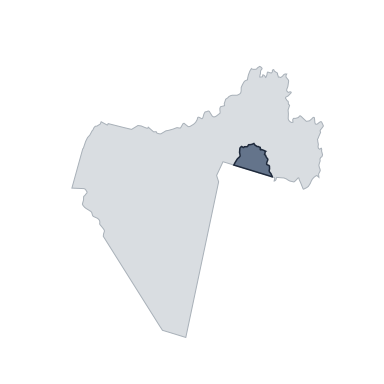 location of Nara, Koulikoro, Mali, rotated 197°
{"feature_id": "8926073B7074311745372", "entity_name": "Nara", "entity_type": "district", "adm_level": 2, "iso_a3": "MLI", "parent_name": "Mali", "parent_adm1": "Koulikoro", "projection": "equal_earth", "projection_center": [-7.752, 14.805], "detail": "fine", "context": "in_parent", "style": "filled", "palette": "slate", "viewbox_px": 384, "rotation_deg": 197, "n_neighbors": 0, "source": "geoboundaries", "source_scale": "gbopen_adm2", "svg_char_len": 5146}
<svg xmlns="http://www.w3.org/2000/svg" viewBox="0 0 384 384"><g transform="rotate(197 192 192)"><path d="M87.3,289.3L87.4,287.8L86.5,286.8L86.5,286.3L87.0,282.1L87.0,281.0L87.4,278.9L86.8,278.0L86.6,277.3L85.1,274.5L84.7,272.2L83.9,270.7L82.2,270.2L81.5,271.5L81.1,271.7L80.5,270.8L80.2,270.0L80.2,269.3L78.0,265.7L78.1,263.7L79.0,262.7L79.3,261.0L78.5,259.1L78.6,257.2L78.5,254.7L77.2,252.4L76.3,251.4L75.6,249.8L76.2,246.2L74.9,243.1L77.4,244.3L78.6,243.2L79.7,241.6L80.7,239.5L81.2,237.0L81.4,234.8L82.4,231.3L83.6,229.7L86.1,227.3L86.7,227.5L90.8,232.6L93.1,235.2L93.9,236.6L94.6,236.6L95.8,234.1L97.0,231.9L97.5,231.4L101.6,231.1L103.7,231.5L105.6,232.1L108.2,232.3L115.3,230.7L115.4,229.7L115.3,228.5L115.6,227.5L116.2,226.7L116.7,226.5L116.9,229.4L117.4,229.8L119.1,230.0L171.2,230.0L173.3,215.0L169.5,209.5L155.4,51.1L179.8,51.1L184.1,54.7L263.9,123.7L264.3,126.0L264.3,129.1L264.9,130.0L266.1,131.0L270.6,134.0L271.0,134.6L271.2,135.8L271.8,137.3L272.7,138.2L273.9,138.9L275.2,139.3L279.3,139.8L280.2,140.5L282.0,143.2L283.0,143.8L288.5,145.3L290.3,146.0L292.3,147.3L293.3,148.4L293.4,152.7L294.2,155.6L294.2,156.3L293.4,157.4L293.2,158.3L292.2,160.5L292.4,161.4L294.4,163.1L295.4,163.6L296.5,163.6L308.0,160.6L309.1,201.4L308.7,202.0L308.5,209.3L307.8,213.5L306.3,216.7L305.4,221.4L304.9,222.3L304.5,225.0L303.7,226.6L302.2,227.2L299.6,230.2L299.4,232.6L293.0,231.3L292.6,231.3L292.3,231.6L292.2,232.9L276.0,233.7L268.1,234.2L263.1,239.8L259.9,240.3L255.8,239.9L253.7,239.8L252.9,240.2L252.8,241.2L246.3,238.3L243.9,239.2L243.5,238.9L243.2,238.3L242.0,238.0L240.2,238.1L238.8,238.5L234.8,242.9L232.6,244.0L228.5,246.6L225.6,248.9L224.6,249.3L223.0,249.4L221.7,249.9L220.5,254.9L219.7,255.4L214.8,253.4L213.8,253.7L213.0,254.2L210.3,257.2L208.9,259.6L208.2,262.7L208.3,264.8L207.9,265.4L206.6,265.5L204.3,264.9L203.6,265.2L203.3,266.7L203.4,270.1L202.9,272.4L201.5,273.1L200.5,274.0L199.7,274.3L199.0,274.1L195.0,270.6L193.7,270.1L192.2,270.5L190.8,271.9L188.3,275.5L188.5,276.8L189.2,278.3L189.8,280.1L189.7,281.8L186.1,284.1L187.0,285.9L186.9,290.6L185.2,292.7L184.6,294.1L183.0,295.6L181.6,296.4L177.2,297.7L175.5,299.2L174.6,300.4L174.4,301.7L174.6,303.2L175.5,306.3L175.2,309.1L174.5,312.4L173.8,313.8L171.8,315.5L172.1,317.7L172.3,320.7L172.0,324.7L171.3,327.4L170.9,327.1L168.9,327.3L166.7,328.1L166.0,328.8L165.8,329.7L164.0,331.9L162.8,331.7L161.7,331.2L161.1,330.6L161.0,330.3L161.7,328.5L161.8,327.9L161.1,324.9L161.2,324.1L160.9,321.8L160.7,321.7L158.4,322.7L158.3,323.1L158.6,324.6L158.4,324.8L157.6,324.8L156.4,324.3L155.1,323.0L154.8,323.4L154.7,324.5L154.6,325.8L154.9,328.1L154.6,328.9L152.5,328.8L150.9,329.0L150.4,329.9L150.3,330.8L150.7,331.8L150.6,332.2L149.9,332.9L149.6,332.9L148.6,331.7L144.9,330.6L144.6,329.1L144.2,329.1L143.0,327.2L142.5,327.2L142.1,327.5L140.7,327.4L139.4,329.0L138.5,331.1L137.5,332.1L135.9,332.5L136.2,331.2L135.7,329.4L132.5,327.2L132.0,326.3L131.2,321.2L131.2,319.7L131.4,318.3L131.3,317.3L131.0,316.5L130.0,315.8L129.0,315.4L127.7,316.4L127.1,316.6L126.5,316.5L126.2,316.2L126.3,315.6L127.7,312.9L128.3,311.8L129.7,310.5L130.1,309.8L130.1,309.3L130.0,308.9L129.1,308.4L127.7,307.1L126.9,307.0L126.3,306.4L125.6,304.4L125.3,304.0L124.6,303.8L124.0,303.4L124.1,298.5L122.7,295.0L121.5,290.4L120.9,289.3L119.8,288.4L118.4,287.8L117.2,287.6L115.9,288.1L115.9,288.5L116.6,290.0L116.8,290.8L116.6,291.6L116.4,292.1L114.5,292.7L112.1,294.3L111.3,296.2L110.7,296.5L109.8,296.2L103.3,293.0L100.5,294.4L98.7,297.2L98.3,298.2L97.5,299.0L97.0,299.0L96.5,298.5L94.7,294.1L93.8,293.1L92.8,293.1L91.9,293.8L91.0,295.2L89.9,296.6L89.1,297.0L88.5,296.8L85.8,293.8L85.7,293.2L86.9,289.8L87.3,289.3Z" fill="#d9dde1" stroke="#a8b0b8" stroke-width="1"/><path d="M133.5,252.5L135.4,252.8L137.2,252.9L138.4,253.0L138.4,252.5L138.9,252.4L139.2,252.7L139.8,254.6L140.7,254.6L141.8,254.9L142.5,254.7L143.1,254.5L144.4,255.0L145.3,255.1L145.8,255.6L146.5,256.1L147.0,256.5L148.5,255.2L150.3,254.2L151.6,253.8L151.8,253.5L152.2,251.7L152.7,251.4L155.2,250.6L155.5,249.7L156.0,249.5L157.8,250.1L158.2,249.8L158.5,249.0L158.9,248.4L158.9,247.1L158.6,246.0L158.1,243.7L157.4,242.5L156.5,240.6L156.8,239.5L158.1,237.3L158.5,236.3L159.5,232.3L159.9,230.0L159.6,230.0L158.7,230.0L157.3,230.0L155.7,230.0L154.5,230.0L154.1,230.0L153.6,230.0L153.3,230.0L152.5,230.0L151.3,230.0L150.0,230.0L148.5,230.0L148.3,230.0L147.7,230.0L146.9,230.0L146.2,230.0L144.0,230.0L141.7,230.0L140.6,230.0L138.7,230.0L136.8,230.0L135.8,230.0L135.6,230.0L134.4,230.0L133.5,229.9L132.9,230.0L132.2,230.0L130.9,230.0L130.2,230.0L128.5,230.0L128.1,230.0L127.3,230.0L126.2,230.0L125.6,230.0L125.0,230.0L123.9,230.0L122.9,230.0L122.4,230.0L121.9,230.0L121.6,229.9L121.0,230.0L120.2,229.9L119.9,229.9L119.7,229.9L119.7,230.0L119.9,230.4L120.6,231.2L120.7,231.3L121.4,232.0L121.8,232.6L123.8,233.9L124.0,234.3L124.4,234.8L124.5,235.3L124.6,236.8L125.5,239.4L126.2,239.9L127.7,240.0L128.6,240.2L128.8,240.6L129.1,241.9L129.0,243.5L128.9,244.6L129.1,245.6L130.7,246.7L131.6,247.5L132.4,248.7L133.5,249.0L133.7,249.3L133.6,249.9L133.5,250.3L133.7,251.5L133.9,251.8L133.9,252.1L133.5,252.5Z" fill="#64748b" stroke="#1e293b" stroke-width="1.5"/></g></svg>